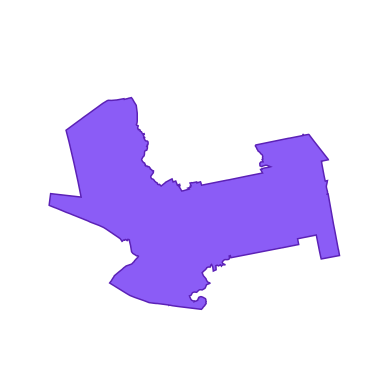 the district of Calugareni, Giurgiu, Romania, rotated 251°
{"feature_id": "2599482B39711091097472", "entity_name": "Calugareni", "entity_type": "district", "adm_level": 2, "iso_a3": "ROU", "parent_name": "Romania", "parent_adm1": "Giurgiu", "projection": "mercator", "projection_center": [25.989, 44.147], "detail": "fine", "context": "isolated", "style": "filled", "palette": "violet", "viewbox_px": 384, "rotation_deg": 251, "n_neighbors": 0, "source": "geoboundaries", "source_scale": "gbopen_adm2", "svg_char_len": 5916}
<svg xmlns="http://www.w3.org/2000/svg" viewBox="0 0 384 384"><g transform="rotate(251 192 192)"><path d="M178.1,331.4L178.6,331.4L200.0,324.0L208.2,321.3L208.4,321.1L208.5,321.0L209.2,316.6L209.4,316.3L210.2,315.9L210.3,315.8L210.3,315.7L210.2,315.6L209.5,316.0L209.3,316.0L209.2,315.9L211.1,302.1L211.4,300.6L215.7,267.7L215.3,267.1L214.7,266.9L213.0,267.4L211.7,267.4L210.0,267.8L209.3,267.8L207.5,269.0L207.2,269.2L205.9,269.4L205.0,270.1L204.2,270.5L202.6,270.5L201.9,270.0L200.4,269.8L200.0,269.7L200.0,268.9L197.4,269.0L198.0,267.0L197.6,266.2L196.9,265.4L194.6,264.8L193.3,266.2L193.5,267.3L193.4,270.2L193.0,271.4L190.3,274.5L190.4,272.4L191.1,268.3L191.2,265.6L190.8,265.6L191.0,264.2L187.0,264.9L189.0,250.1L191.5,230.7L191.8,229.0L192.6,223.2L195.3,203.3L198.6,203.4L198.7,203.2L198.9,203.2L199.0,199.6L200.0,199.7L200.6,195.3L201.1,194.3L201.0,193.5L201.1,193.0L198.1,193.2L198.1,192.1L197.0,192.1L197.0,189.5L196.2,190.3L195.7,190.4L195.7,189.2L195.8,188.2L195.9,186.2L196.0,184.2L196.3,182.6L199.5,182.0L201.9,181.4L201.8,181.8L201.8,182.7L203.3,182.8L203.2,181.1L203.1,180.4L207.7,180.2L207.7,177.4L210.9,177.4L210.8,176.3L209.8,170.1L209.6,170.0L207.7,164.8L208.2,164.4L209.1,164.1L209.8,163.8L209.8,163.7L209.8,163.0L210.0,162.5L210.6,162.0L211.4,162.2L211.8,162.1L212.3,161.7L212.6,161.2L213.4,160.9L214.1,160.4L214.6,160.2L215.6,160.0L216.7,159.4L217.1,159.1L217.4,158.5L217.7,158.2L218.0,158.1L218.9,157.9L219.6,157.9L220.1,158.1L220.3,158.2L221.9,160.3L222.7,161.6L222.9,161.8L223.9,161.9L224.3,162.5L224.5,162.5L224.7,162.3L224.9,161.8L225.2,161.4L225.8,161.2L226.5,161.0L226.9,160.4L227.1,160.2L227.4,160.1L228.0,160.2L228.3,160.2L229.2,159.8L229.7,159.7L229.8,159.6L230.4,158.8L230.5,158.1L231.1,158.1L231.3,157.8L231.6,156.9L231.9,156.5L232.2,156.4L232.5,156.4L232.9,156.8L233.1,156.8L233.4,156.8L233.8,156.6L234.1,156.5L234.8,156.6L235.0,156.5L235.2,156.1L235.5,155.8L236.2,155.6L236.9,155.2L238.7,154.9L239.2,155.0L239.8,155.6L240.9,156.8L241.2,157.3L241.5,158.1L242.0,158.6L243.1,159.3L245.4,160.2L245.9,160.7L246.3,161.3L246.4,161.9L246.2,162.4L246.2,162.7L246.5,163.0L247.6,163.9L248.5,164.3L249.2,164.5L249.7,164.0L249.9,164.3L249.9,164.8L250.1,165.0L250.9,164.8L251.1,165.2L251.3,165.8L251.5,166.0L252.4,166.4L253.2,166.6L254.0,166.7L254.6,166.4L254.8,166.2L255.1,165.4L255.5,164.9L255.7,164.7L256.7,164.4L258.5,164.1L258.9,164.1L258.6,164.7L258.7,165.0L259.1,165.0L260.0,164.5L261.8,164.5L262.0,164.6L262.0,165.6L262.8,165.7L263.0,164.5L263.3,164.1L263.6,164.0L264.9,163.9L265.4,163.8L265.7,163.5L266.0,163.0L266.2,162.9L266.4,162.8L267.3,163.1L267.8,162.9L268.3,162.4L268.3,161.6L268.5,161.5L269.4,161.6L269.9,161.4L270.7,161.7L271.6,162.4L272.1,162.7L272.3,162.6L273.2,161.4L273.7,161.3L274.0,161.4L274.7,162.1L275.8,162.8L277.1,163.4L284.4,165.9L292.1,167.5L296.0,166.6L299.3,166.0L301.0,165.4L301.1,164.1L301.3,162.8L301.3,161.5L301.5,159.5L301.6,158.1L302.4,158.1L303.5,150.9L304.8,145.7L305.9,142.9L306.0,141.7L304.8,136.3L302.2,127.8L299.2,118.0L298.3,114.9L296.6,109.6L296.0,107.6L291.4,93.0L279.9,92.1L258.4,89.9L238.9,87.6L223.3,85.5L236.5,57.8L226.0,52.6L225.5,53.0L222.2,56.8L221.0,58.3L215.5,64.5L213.6,66.6L213.0,67.4L211.1,69.7L209.4,71.6L198.6,84.1L196.8,85.9L196.3,86.5L195.6,87.3L195.2,87.8L190.8,93.1L187.2,96.9L184.7,98.9L171.3,108.9L168.1,109.8L168.2,110.2L168.8,111.3L168.8,111.8L168.7,112.1L168.4,112.3L168.3,112.6L168.4,112.8L168.7,113.1L168.8,113.4L168.6,113.9L167.3,114.7L167.1,114.9L167.1,115.1L167.2,115.3L167.9,115.4L168.1,115.6L168.1,115.8L167.6,116.9L167.4,117.1L167.0,117.2L166.8,117.0L161.5,116.5L155.1,115.4L154.1,115.8L153.3,116.0L152.3,116.8L151.8,117.1L151.4,117.6L149.7,118.8L149.6,119.0L149.5,119.8L149.1,120.2L148.7,120.4L147.7,119.3L147.4,118.5L146.8,117.3L146.0,115.9L145.7,115.3L145.0,114.7L144.9,114.2L144.5,113.4L143.9,112.3L143.6,111.7L143.5,110.5L143.5,106.9L143.5,105.6L142.9,103.9L142.6,102.9L141.6,100.7L140.3,97.0L138.9,93.4L138.1,91.3L136.9,90.1L136.4,89.3L135.0,87.6L134.3,86.9L133.9,86.1L132.8,84.5L131.9,85.2L117.8,96.7L114.4,99.6L111.1,103.4L105.1,111.0L101.4,115.4L100.2,117.8L98.9,120.4L98.1,122.1L98.1,122.4L96.1,126.5L92.8,133.1L92.4,133.2L92.5,133.4L92.4,133.6L92.1,134.4L90.9,136.4L88.3,141.5L78.0,162.7L78.7,164.2L79.1,164.5L80.0,166.1L80.5,167.2L81.3,167.9L81.6,168.7L82.3,169.2L83.0,169.1L83.8,169.8L84.5,169.7L86.1,170.1L86.9,169.9L89.0,168.0L89.8,167.0L90.1,166.5L90.2,166.2L90.3,165.8L90.2,165.2L90.3,164.6L90.1,164.2L89.8,163.8L89.5,163.9L89.4,163.8L89.1,163.1L87.9,162.2L88.0,161.9L87.7,161.6L87.6,160.6L87.6,159.0L87.9,159.4L88.3,158.7L88.6,157.7L89.7,156.5L90.8,156.0L92.5,155.9L93.3,155.7L94.7,155.8L94.6,157.3L95.1,158.0L96.2,159.1L96.6,159.6L96.7,160.1L96.7,160.5L96.6,161.8L95.7,163.6L95.8,164.2L96.2,164.8L97.1,167.1L97.1,167.4L96.6,168.8L96.1,169.7L96.6,172.4L96.8,172.9L97.0,173.3L99.3,175.3L99.6,175.5L99.8,179.2L100.0,179.3L100.4,179.1L100.6,178.9L101.0,178.2L101.6,177.7L102.9,177.2L104.0,177.0L105.4,177.0L107.7,176.1L108.6,175.7L109.3,175.5L112.4,175.3L113.6,177.8L113.7,178.3L113.9,178.8L114.7,180.2L114.8,180.7L115.6,181.2L115.7,181.5L115.7,182.3L115.8,182.8L115.1,184.8L115.9,185.3L116.8,186.1L117.1,186.9L114.2,187.2L110.3,186.4L110.6,189.5L114.6,190.6L114.6,191.8L114.4,192.3L113.6,192.8L113.5,193.2L113.9,195.1L112.3,195.7L112.8,196.3L112.9,196.8L112.9,198.4L112.4,199.3L112.7,199.5L113.4,198.8L114.4,197.8L115.8,197.7L116.8,199.1L117.4,200.7L117.3,201.3L116.6,203.1L116.4,204.3L116.4,205.0L117.2,205.8L117.9,206.1L119.4,206.3L119.4,207.5L117.2,207.4L107.6,275.8L113.4,276.6L110.9,295.5L94.7,293.3L88.2,292.5L86.6,292.4L83.9,310.8L89.0,311.6L89.5,311.7L89.8,311.6L108.1,314.3L115.4,315.3L145.9,320.1L146.0,319.2L146.8,319.8L148.2,320.2L152.0,320.5L153.5,320.8L154.5,321.3L156.4,322.5L158.2,323.5L158.7,323.8L158.9,321.6L159.0,321.6L159.8,321.6L164.6,322.2L177.4,324.1L178.0,324.3L178.3,324.6L178.4,324.3L179.0,324.4L178.1,331.4Z" fill="#8b5cf6" stroke="#5b21b6" stroke-width="1.5"/></g></svg>